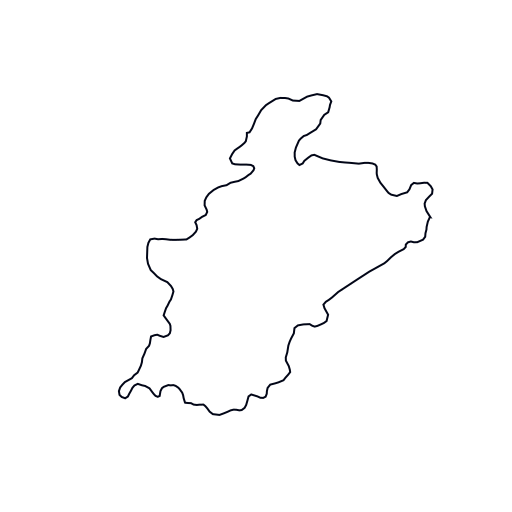 outline of Zhabinka, Brest, Belarus, rotated 61°
{"feature_id": "67162791B54933494059720", "entity_name": "Zhabinka", "entity_type": "district", "adm_level": 2, "iso_a3": "BLR", "parent_name": "Belarus", "parent_adm1": "Brest", "projection": "albers", "projection_center": [24.06, 52.177], "detail": "fine", "context": "isolated", "style": "outline", "palette": "ink", "viewbox_px": 512, "rotation_deg": 61, "n_neighbors": 0, "source": "geoboundaries", "source_scale": "gbopen_adm2", "svg_char_len": 3873}
<svg xmlns="http://www.w3.org/2000/svg" viewBox="0 0 512 512"><g transform="rotate(61 256 256)"><path d="M284.0,397.1L287.4,401.0L290.4,405.0L293.6,407.3L296.1,409.8L299.3,414.2L300.6,416.1L301.2,420.4L302.7,423.8L302.7,427.5L302.7,431.8L303.8,435.3L305.1,438.5L307.7,441.4L311.3,442.7L314.2,441.8L317.0,439.4L316.8,436.2L315.0,433.6L313.3,430.8L311.4,428.0L310.3,425.1L310.5,421.4L313.8,418.4L315.9,416.0L320.1,413.3L324.8,412.7L327.3,412.3L329.6,411.7L331.5,410.2L331.7,408.1L329.4,406.3L327.8,405.0L326.0,402.3L325.7,400.1L326.4,395.2L327.7,393.5L328.9,390.8L330.7,389.2L333.5,387.8L335.5,387.3L337.4,387.1L339.7,386.8L342.3,387.2L345.3,388.2L349.5,389.1L350.0,389.1L351.9,386.3L353.2,384.2L355.7,382.6L357.6,380.0L358.6,377.6L360.5,374.0L362.7,373.1L365.6,372.5L369.7,372.0L373.4,370.4L377.3,365.0L378.0,360.5L378.5,356.2L378.7,353.1L379.5,350.1L380.9,347.8L383.0,345.3L383.8,343.2L383.3,339.6L381.5,336.8L378.3,333.6L375.2,330.6L374.8,327.3L377.2,325.0L379.5,322.8L382.1,320.9L383.6,318.5L383.7,315.8L381.7,313.4L379.5,312.0L377.0,309.8L375.4,305.9L376.7,300.9L377.4,297.6L378.0,292.2L376.7,289.2L375.4,285.4L374.1,282.4L371.7,281.5L368.1,280.7L362.0,280.6L359.1,279.1L355.5,275.4L350.0,271.1L347.2,268.0L345.1,265.2L342.0,260.4L337.7,257.3L337.0,253.0L338.8,247.7L341.6,242.1L344.3,240.6L346.2,238.9L346.9,236.2L347.3,232.1L347.5,229.1L347.1,225.8L344.9,223.8L342.3,221.4L338.4,221.4L334.9,221.4L331.2,220.6L329.9,217.1L329.7,213.6L329.1,209.5L327.3,201.4L325.6,178.7L324.6,164.3L324.6,152.4L324.6,147.3L324.0,143.9L322.5,138.4L321.6,133.6L321.4,129.2L321.6,123.5L320.7,120.7L318.6,119.4L317.7,116.4L318.4,113.5L320.5,111.3L322.1,108.3L322.7,102.0L321.2,98.7L318.2,96.7L315.5,94.1L313.3,92.7L309.2,89.0L306.2,84.9L306.4,84.7L299.4,85.1L294.4,84.2L291.9,83.1L289.5,80.3L288.0,75.7L286.9,71.8L283.4,69.3L279.7,69.3L275.1,70.6L273.4,73.5L271.9,77.4L270.8,79.8L268.6,82.5L269.2,85.9L272.1,89.5L273.6,92.9L272.3,98.8L271.8,103.7L267.9,108.0L265.1,109.5L262.5,110.0L257.4,110.8L252.2,111.7L246.7,111.7L243.3,110.8L241.9,110.2L238.9,108.4L236.2,107.1L233.9,107.4L231.5,109.3L229.0,112.6L227.1,116.1L225.1,121.3L220.1,128.6L217.3,132.9L214.0,137.7L208.6,144.3L202.9,150.4L200.7,152.1L197.9,154.3L195.8,155.9L194.9,158.7L195.3,162.4L196.2,167.6L197.7,170.3L197.5,173.9L195.1,174.8L191.4,175.0L187.9,174.0L184.2,172.0L180.5,168.5L175.9,162.5L175.0,160.0L174.2,156.1L174.8,152.9L174.6,149.2L174.3,142.0L171.3,135.6L168.4,133.5L165.6,127.8L165.3,123.2L161.6,119.5L159.7,118.0L157.3,115.2L152.9,115.4L150.7,116.5L147.9,119.4L144.0,124.1L142.4,129.8L141.4,134.0L141.4,139.6L141.4,142.9L137.9,148.4L134.0,151.3L132.1,153.7L129.5,158.2L128.2,162.6L128.6,170.7L128.9,174.2L130.9,180.7L134.1,186.1L136.1,189.8L139.4,193.7L142.5,197.6L144.7,201.7L143.9,204.3L147.0,206.0L150.7,209.3L151.5,211.3L152.3,215.0L152.7,217.8L152.9,220.1L153.3,223.5L155.2,227.3L158.0,231.5L163.5,231.9L165.6,229.9L168.4,225.5L169.6,223.4L171.2,220.4L173.8,216.4L176.1,214.8L178.4,215.0L179.8,216.6L181.4,220.8L181.5,223.2L182.1,226.9L182.2,229.4L181.9,235.1L180.8,238.5L179.6,242.8L179.8,247.4L178.3,252.1L177.7,255.8L177.7,261.0L178.8,267.1L180.6,271.0L182.9,274.1L186.8,276.4L191.6,276.7L193.8,277.3L195.8,280.1L195.6,284.2L196.0,287.7L195.8,290.5L197.0,292.8L200.2,293.0L203.7,294.2L205.6,296.8L207.1,301.2L207.6,305.1L207.8,308.8L205.3,313.9L202.8,318.7L200.3,323.1L197.7,326.6L195.6,329.8L193.9,333.5L191.6,336.3L190.2,340.4L192.3,343.7L195.4,346.6L199.9,349.3L204.9,352.3L210.4,354.2L217.3,354.9L221.1,353.7L225.9,352.4L230.1,350.4L235.9,346.2L241.1,344.9L244.4,344.8L247.0,345.4L249.6,348.0L252.8,351.5L253.9,353.7L256.6,357.5L258.0,359.9L260.5,362.7L263.2,365.6L268.0,365.0L273.5,364.3L275.6,364.7L279.5,366.7L281.8,368.8L282.7,371.4L282.0,376.1L279.2,378.8L277.0,380.5L276.1,383.1L275.5,386.8L277.9,388.8L281.0,391.2L282.7,393.1L284.0,397.1Z" fill="none" stroke="#020617" stroke-width="2"/></g></svg>